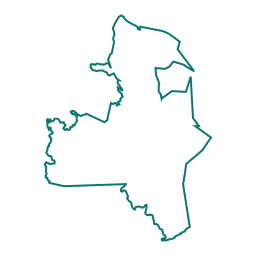 San Miguel del Puerto, Oaxaca, Mexico (Natural Earth projection)
{"feature_id": "50627088B61133778664315", "entity_name": "San Miguel del Puerto", "entity_type": "district", "adm_level": 2, "iso_a3": "MEX", "parent_name": "Mexico", "parent_adm1": "Oaxaca", "projection": "natural_earth1", "projection_center": [-96.143, 15.951], "detail": "fine", "context": "isolated", "style": "outline", "palette": "teal", "viewbox_px": 256, "rotation_deg": 0, "n_neighbors": 0, "source": "geoboundaries", "source_scale": "gbopen_adm2", "svg_char_len": 5707}
<svg xmlns="http://www.w3.org/2000/svg" viewBox="0 0 256 256"><path d="M47.6,126.6L48.9,129.6L49.2,129.2L49.3,127.8L49.5,127.6L49.9,127.5L50.5,127.7L51.0,130.8L51.3,131.2L52.6,132.1L52.7,132.5L52.7,133.1L52.3,133.5L51.4,134.0L50.4,134.3L49.2,135.6L49.3,136.1L49.8,137.0L50.0,137.2L50.6,137.2L50.8,138.5L51.3,138.9L51.4,139.2L50.9,139.8L51.2,140.3L51.0,141.3L50.2,142.8L49.9,143.3L49.5,143.6L48.9,144.8L49.1,146.2L48.8,146.5L48.2,146.4L48.0,146.6L47.9,146.8L47.8,147.5L47.4,148.0L47.6,149.1L47.5,149.6L46.4,152.4L46.5,152.9L46.9,153.7L47.4,154.1L48.0,155.3L48.6,155.4L49.1,155.9L49.8,156.2L50.9,156.1L51.2,156.3L51.6,157.1L51.5,158.1L52.1,159.7L53.8,160.6L54.4,160.7L54.7,162.1L54.6,163.4L54.0,163.6L52.2,163.6L50.3,164.1L49.4,164.0L48.6,163.3L48.2,163.2L47.3,163.2L47.0,163.0L46.3,162.2L46.1,162.4L45.8,163.1L45.1,163.6L44.9,164.1L44.9,164.9L45.9,166.4L46.1,166.6L46.1,166.8L45.8,166.9L45.7,167.3L46.1,168.3L46.2,168.9L45.9,170.1L45.8,171.4L46.4,172.6L46.6,174.2L46.3,174.8L45.6,175.6L46.1,176.9L45.7,177.2L45.8,177.4L46.0,177.7L46.8,177.7L47.3,177.9L47.4,178.4L47.2,179.0L48.3,180.3L48.6,181.2L48.7,181.4L49.3,181.4L49.0,181.8L49.4,182.9L64.1,186.2L125.8,184.1L125.8,184.5L124.1,186.5L123.2,186.9L121.8,188.1L121.6,188.4L121.2,188.8L120.9,190.6L121.0,191.0L121.6,191.6L122.2,191.6L124.0,190.4L124.5,190.4L124.9,190.5L126.2,191.6L126.6,193.3L127.4,194.9L127.9,196.5L128.1,197.0L127.3,197.7L127.2,198.3L127.5,199.2L129.3,201.3L130.2,201.7L131.0,202.4L131.3,203.0L131.4,204.0L131.9,206.1L132.5,207.5L133.8,209.1L134.6,209.6L135.1,209.5L135.2,209.2L135.4,207.3L136.4,206.8L138.3,206.6L139.9,206.6L141.7,207.6L142.7,207.7L143.7,207.1L145.8,204.9L146.4,204.9L146.7,206.6L146.5,207.2L146.3,207.7L146.3,208.3L145.9,209.9L145.9,210.9L145.2,212.6L145.6,213.8L146.6,214.8L147.0,215.0L148.3,215.0L148.6,215.1L148.8,215.1L149.4,214.7L149.8,214.7L149.9,214.9L150.9,214.8L152.4,215.4L152.8,215.9L152.7,217.0L153.2,217.7L153.3,218.2L153.1,218.9L153.8,220.4L154.0,223.0L154.2,223.9L154.9,224.3L156.1,223.9L157.5,224.6L158.5,225.9L159.6,228.4L159.9,228.8L160.4,229.1L162.1,229.5L162.5,231.2L162.8,231.9L162.8,232.4L162.7,233.3L163.4,234.3L163.7,234.8L164.6,235.2L165.0,235.5L165.4,236.4L165.7,237.3L165.3,238.5L164.7,238.8L163.3,238.2L162.9,238.2L161.8,239.1L161.6,239.4L161.7,239.7L161.9,240.1L162.5,240.6L164.2,240.0L164.7,240.0L165.2,240.6L165.7,240.5L169.5,239.3L170.9,239.0L171.9,238.9L172.5,238.6L173.5,238.3L174.2,237.8L174.6,237.8L175.0,236.6L175.8,236.0L178.7,234.9L179.6,234.1L180.3,233.7L180.5,233.6L180.8,233.8L181.3,232.9L181.5,232.8L182.8,232.1L184.9,231.5L185.0,231.4L185.0,230.9L185.4,230.4L185.6,229.8L186.2,229.1L187.3,228.5L187.9,228.0L188.8,227.4L189.8,227.1L183.1,184.3L184.9,173.4L186.2,164.0L202.6,150.0L209.4,139.8L211.1,137.6L195.2,126.1L199.0,126.1L193.0,118.1L190.7,76.7L185.9,91.9L171.8,91.1L161.8,98.5L161.7,98.7L161.6,97.0L161.2,97.1L161.0,94.9L160.7,94.1L160.3,93.6L159.7,93.2L159.1,92.2L158.6,90.6L158.8,87.7L158.5,86.6L159.3,84.5L158.1,80.0L157.1,77.9L156.2,75.5L155.7,70.6L155.6,68.0L164.9,68.9L169.2,66.8L173.3,61.6L183.6,64.7L186.1,66.5L194.2,71.3L177.6,49.3L179.8,41.8L172.4,36.3L168.7,33.7L165.2,32.0L161.8,30.9L140.3,26.7L140.0,30.4L139.7,29.6L139.1,29.2L138.3,29.4L137.8,28.8L137.7,28.3L138.0,27.8L137.5,27.3L137.6,26.8L129.1,22.4L126.2,20.4L124.8,19.0L123.7,17.3L123.6,16.7L123.1,16.8L121.5,15.4L118.8,16.8L114.9,23.5L112.9,28.1L114.5,34.2L113.1,38.7L114.1,42.1L111.7,53.5L110.4,54.3L108.1,59.4L111.0,68.2L108.2,62.9L107.7,63.2L107.0,63.2L105.8,63.8L105.4,64.2L105.0,64.4L104.2,64.3L103.5,64.7L102.5,64.5L102.4,64.3L102.2,64.2L101.6,64.5L99.1,64.1L98.4,63.7L96.7,63.6L96.4,63.7L95.5,64.9L95.2,64.9L94.6,64.5L93.2,64.3L92.0,64.4L91.9,64.2L91.5,64.5L90.8,64.5L90.8,64.9L90.6,65.5L90.7,66.8L90.5,67.3L91.3,67.8L91.5,68.2L91.7,69.0L91.9,69.5L92.5,70.0L92.9,70.1L93.4,70.4L94.5,70.4L96.8,71.1L99.3,70.4L100.6,70.5L102.8,70.5L105.1,71.9L106.5,72.3L106.9,72.6L107.6,74.2L108.2,74.9L108.9,75.5L109.5,75.4L110.9,74.9L111.4,74.4L111.8,74.4L113.8,73.4L116.5,78.4L119.1,80.3L118.1,80.2L117.8,81.0L117.6,82.9L117.9,83.8L119.0,84.8L119.9,86.0L120.1,86.5L120.8,87.6L122.1,89.2L122.3,89.9L122.3,90.4L122.0,90.5L119.0,88.5L118.4,87.8L117.7,87.3L117.6,87.7L118.1,89.1L118.1,90.0L118.4,90.9L119.0,91.4L121.6,93.8L122.0,94.7L122.0,95.2L122.3,95.5L122.7,96.5L122.1,96.9L121.6,97.7L120.5,98.6L120.3,99.0L120.5,99.8L120.4,100.8L119.7,101.3L118.9,101.3L118.1,101.8L118.1,102.8L118.3,103.2L118.8,103.6L119.4,104.3L117.0,105.5L115.7,102.8L112.5,104.1L111.0,103.0L107.1,120.3L104.9,121.8L104.5,122.2L86.3,113.7L85.8,114.4L83.5,115.0L82.4,115.2L80.8,116.0L80.2,115.9L79.2,115.2L78.8,115.2L78.5,114.9L78.3,114.5L76.7,113.6L76.5,113.2L75.8,112.5L75.0,112.3L74.4,111.3L72.7,110.9L72.3,111.6L71.1,111.3L70.9,111.5L70.7,111.9L70.8,112.1L71.2,112.7L71.7,113.1L72.2,113.7L72.4,114.3L72.7,114.4L74.0,113.9L74.6,114.2L75.4,115.3L76.5,116.0L76.9,116.1L76.6,117.2L76.6,117.9L76.8,119.3L77.2,120.5L76.9,121.1L75.8,123.0L74.7,124.1L74.5,124.6L74.5,125.4L74.1,125.6L73.6,125.5L73.2,125.1L72.8,125.2L72.6,125.5L72.5,126.6L72.1,127.0L71.3,127.1L70.5,127.1L70.1,127.3L70.1,127.7L70.4,128.9L70.0,129.4L68.4,130.0L67.4,129.6L67.3,129.3L66.9,128.9L66.5,128.8L65.8,129.8L65.2,130.0L63.9,129.2L63.5,128.5L63.4,128.1L63.9,127.2L64.6,126.6L65.5,125.1L65.4,124.9L64.3,124.1L63.8,122.6L62.9,122.2L62.1,122.4L61.2,122.8L60.4,122.6L60.1,122.3L59.4,120.4L58.5,119.3L57.6,118.9L56.8,118.6L55.6,118.6L54.8,118.8L54.2,119.3L53.6,120.9L52.6,121.4L51.6,121.2L50.7,120.1L50.3,119.4L50.0,119.3L49.6,119.5L49.4,120.2L49.8,121.9L49.7,122.3L49.3,122.7L48.7,122.5L48.4,122.1L48.3,120.5L48.0,119.6L47.6,119.2L47.2,119.5L46.9,120.4L46.9,120.9L47.1,121.2L47.3,122.6L47.3,124.9L47.6,126.0L47.6,126.6Z" fill="none" stroke="#0f766e" stroke-width="2"/></svg>